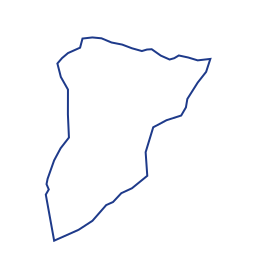 the District of Buyende, rotated 259°
{"feature_id": "UGA-5593", "entity_name": "Buyende", "entity_type": "District", "adm_level": 1, "iso_a3": "UGA", "parent_name": "Uganda", "parent_adm1": "", "projection": "natural_earth1", "projection_center": [33.195, 1.209], "detail": "fine", "context": "isolated", "style": "outline", "palette": "blue", "viewbox_px": 256, "rotation_deg": 259, "n_neighbors": 0, "source": "natural_earth", "source_scale": "10m", "svg_char_len": 699}
<svg xmlns="http://www.w3.org/2000/svg" viewBox="0 0 256 256"><g transform="rotate(259 128 128)"><path d="M192.8,174.0L187.3,181.9L187.7,186.7L189.5,191.7L185.7,200.6L181.1,209.3L180.1,222.0L168.2,215.4L159.3,205.1L145.2,191.8L137.2,188.8L130.1,182.6L128.3,167.3L123.9,152.9L100.9,140.7L77.4,137.8L68.1,120.4L65.3,109.0L58.2,99.2L56.5,91.9L43.7,75.4L37.5,60.1L31.5,34.0L78.3,34.6L82.8,38.5L88.4,37.3L93.5,39.4L110.3,49.3L121.0,58.0L129.9,68.2L152.8,71.6L177.2,76.4L190.9,71.8L204.8,71.0L209.2,76.6L213.0,83.4L216.0,96.3L224.5,100.4L223.7,110.3L221.1,119.1L215.1,128.1L211.0,138.2L205.5,147.1L200.9,156.3L201.4,161.6L200.8,166.3L192.8,174.0Z" fill="none" stroke="#1e3a8a" stroke-width="2"/></g></svg>